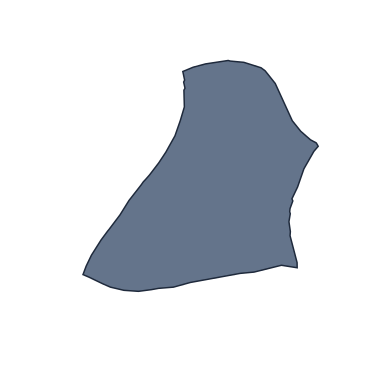 outline of San Rafael La Independencia, Huehuetenango, Guatemala, rotated 155°
{"feature_id": "79465075B73195694709107", "entity_name": "San Rafael La Independencia", "entity_type": "district", "adm_level": 2, "iso_a3": "GTM", "parent_name": "Guatemala", "parent_adm1": "Huehuetenango", "projection": "orthographic", "projection_center": [-91.52, 15.728], "detail": "fine", "context": "isolated", "style": "filled", "palette": "slate", "viewbox_px": 384, "rotation_deg": 155, "n_neighbors": 0, "source": "geoboundaries", "source_scale": "gbopen_adm2", "svg_char_len": 922}
<svg xmlns="http://www.w3.org/2000/svg" viewBox="0 0 384 384"><g transform="rotate(155 192 192)"><path d="M149.4,305.1L151.4,296.5L153.1,295.2L154.5,289.0L156.3,287.7L163.0,272.3L172.4,261.7L183.7,250.1L192.6,243.7L198.8,239.2L209.9,232.4L223.5,225.3L229.5,222.7L231.8,221.8L235.3,219.8L252.6,211.0L266.9,201.7L283.3,193.0L285.0,192.2L294.6,187.0L301.0,182.9L309.9,177.2L319.3,169.5L325.7,163.2L321.3,158.3L317.4,153.5L311.4,146.2L306.2,140.3L295.3,131.7L282.5,124.6L270.2,120.7L263.0,118.8L249.0,113.6L231.7,110.7L182.8,97.9L169.6,93.2L141.9,87.8L128.7,78.9L126.6,83.6L121.6,111.0L119.6,114.5L116.7,124.1L112.1,130.8L111.8,132.8L110.2,135.5L104.4,141.3L104.3,143.6L94.2,151.9L80.8,165.7L64.4,177.3L58.3,180.1L58.6,183.9L62.6,189.3L67.8,201.1L71.0,214.2L70.7,255.2L74.5,270.9L76.9,275.4L90.2,287.6L102.0,294.5L103.6,295.9L125.7,302.4L138.2,304.6L149.4,305.1Z" fill="#64748b" stroke="#1e293b" stroke-width="1.5"/></g></svg>